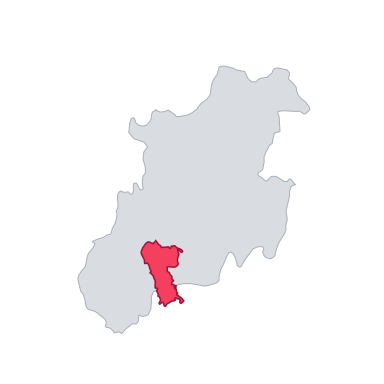 Sremski highlighted on a map of Republic of Serbia, rotated 249°
{"feature_id": "SRB-281", "entity_name": "Sremski", "entity_type": "District", "adm_level": 1, "iso_a3": "SRB", "parent_name": "Republic of Serbia", "parent_adm1": "", "projection": "albers", "projection_center": [19.679, 44.916], "detail": "fine", "context": "in_parent", "style": "filled", "palette": "rose", "viewbox_px": 384, "rotation_deg": 249, "n_neighbors": 0, "source": "natural_earth", "source_scale": "10m", "svg_char_len": 7127}
<svg xmlns="http://www.w3.org/2000/svg" viewBox="0 0 384 384"><g transform="rotate(249 192 192)"><path d="M212.2,147.3L220.5,149.7L224.4,152.1L226.4,155.3L231.8,157.3L240.4,158.1L246.5,161.3L250.0,166.7L255.5,165.2L262.8,156.7L270.2,154.3L277.7,158.0L281.9,161.1L282.6,163.6L281.0,164.7L276.8,164.4L273.5,166.1L271.0,169.8L270.8,173.7L272.7,177.7L275.5,180.5L278.9,181.9L280.8,184.0L281.1,186.7L282.0,187.5L280.2,188.8L278.1,190.7L277.1,194.0L276.9,199.3L270.5,203.6L268.0,204.4L267.0,207.2L265.5,214.9L265.9,220.7L266.9,223.6L267.4,226.0L269.7,228.9L271.8,233.3L273.3,239.3L276.3,243.8L283.9,248.0L287.6,250.5L290.5,254.2L292.7,257.6L299.0,262.0L298.7,265.3L297.5,268.5L296.1,270.1L293.2,274.4L290.3,276.8L285.7,284.3L278.0,284.9L276.1,285.6L273.3,287.7L271.9,291.4L273.4,294.2L273.4,297.2L272.2,303.0L274.3,309.1L277.1,311.8L277.6,313.4L277.2,316.3L273.3,322.3L272.1,324.5L268.1,325.7L266.6,325.2L264.4,323.2L262.4,322.7L257.6,325.2L252.6,326.8L248.6,325.8L244.7,325.8L242.1,326.8L240.0,327.3L236.1,329.9L229.7,331.9L226.8,331.6L225.6,329.2L224.3,325.9L224.9,324.3L229.0,321.5L229.5,319.0L235.1,306.5L236.1,302.5L236.1,301.1L234.5,300.3L231.3,300.4L216.9,295.8L217.4,290.0L213.2,287.0L208.6,284.3L207.8,281.3L202.7,275.2L198.9,271.8L194.2,270.1L190.2,267.6L187.7,266.1L186.6,263.2L186.6,261.5L185.4,259.8L183.4,260.0L180.2,262.4L176.2,264.4L175.5,265.9L177.0,269.3L178.0,271.5L177.6,273.5L176.3,276.2L168.6,282.1L167.7,284.1L169.3,287.4L168.3,288.9L161.8,291.1L162.0,289.3L161.6,286.4L157.8,283.4L152.5,281.1L140.7,273.1L136.2,272.0L132.2,271.1L126.5,267.2L123.5,266.5L120.2,263.7L113.1,254.4L107.1,249.3L102.9,246.7L101.8,244.1L101.6,241.6L101.7,240.7L104.9,237.1L107.3,236.5L110.4,236.4L112.4,238.3L115.1,238.7L116.6,236.3L117.3,232.9L117.0,228.6L110.6,218.4L105.1,211.4L104.5,209.8L105.7,208.5L107.6,207.8L109.7,208.4L115.0,208.9L120.2,208.3L122.0,206.6L122.0,204.3L120.1,202.1L114.1,196.3L109.4,191.2L103.9,187.2L99.9,185.6L98.7,183.6L98.2,181.5L98.7,177.6L99.0,172.6L99.9,169.5L103.6,163.7L107.2,157.4L109.4,151.4L110.5,145.9L110.1,144.3L108.3,143.1L104.5,141.9L99.1,142.9L94.6,144.9L92.8,145.0L92.2,142.5L92.9,141.4L94.4,141.6L95.5,142.0L96.8,140.9L97.6,137.6L95.8,125.8L99.1,124.8L99.2,123.1L99.5,121.6L103.0,123.7L107.9,123.8L112.2,123.4L112.8,122.2L112.8,120.6L111.9,119.3L110.4,118.2L109.3,116.6L106.4,115.8L97.4,111.6L93.0,107.0L93.2,102.3L94.5,99.7L96.0,98.8L95.6,97.9L90.5,95.7L88.8,92.6L90.3,88.7L87.7,80.7L85.0,75.7L87.7,73.6L88.1,70.6L88.4,68.9L89.5,68.9L93.9,67.0L95.5,65.3L96.4,63.4L97.5,62.9L100.4,65.1L103.5,65.3L106.9,64.0L109.5,62.1L112.7,60.6L114.1,59.6L115.9,57.9L119.5,53.1L123.6,52.1L129.1,53.3L135.1,53.8L139.5,52.6L150.8,54.0L153.2,55.1L154.8,56.3L157.8,60.5L160.7,65.8L164.7,68.3L169.4,71.2L171.8,73.3L175.5,79.7L178.4,82.8L179.3,82.7L180.2,81.8L180.9,81.2L181.6,81.7L181.7,83.7L181.9,88.0L181.3,92.7L182.4,97.0L182.4,98.4L181.7,99.6L181.8,100.7L182.9,101.9L186.7,104.7L190.4,109.1L194.6,112.2L198.4,114.1L200.8,114.2L204.9,117.8L212.7,120.2L215.3,121.1L217.0,122.5L218.3,124.2L218.4,126.0L217.2,126.9L215.6,129.4L215.0,132.5L213.7,133.3L212.5,133.4L211.6,134.3L211.8,135.6L212.9,136.8L214.5,137.9L217.7,138.9L220.8,140.5L220.8,141.8L220.2,143.3L216.3,143.9L213.4,144.2L212.1,144.8L212.2,147.3Z" fill="#d9dde1" stroke="#a8b0b8" stroke-width="1"/><path d="M102.7,142.3L102.4,141.9L102.3,141.3L101.9,140.9L101.3,141.0L96.7,144.3L95.9,144.6L94.9,144.8L93.2,145.3L92.2,143.2L92.0,141.7L93.4,141.0L94.1,141.2L95.1,142.3L95.8,142.4L96.4,142.1L96.9,141.5L97.7,140.1L98.2,139.8L98.8,139.6L99.1,139.0L99.0,138.0L98.5,137.4L97.5,137.8L96.9,137.3L96.8,136.6L97.0,135.7L97.2,134.9L97.3,134.2L97.3,133.4L96.9,131.3L96.7,129.6L96.6,128.9L96.2,128.0L95.8,127.5L95.3,127.0L94.9,126.5L94.9,125.8L95.6,125.2L98.5,125.5L99.5,125.2L99.8,124.1L99.1,122.7L98.8,121.7L99.9,121.4L100.5,121.7L101.4,123.1L102.0,123.7L102.9,124.1L104.0,124.1L106.1,123.9L106.4,123.7L106.5,123.4L106.7,123.0L107.1,122.9L107.3,123.0L107.7,123.6L108.0,123.8L112.3,123.6L112.5,123.5L112.8,123.9L113.2,124.4L113.2,124.5L113.4,124.6L113.5,124.7L113.5,124.8L113.6,125.0L114.0,125.2L114.1,125.3L114.3,125.3L114.3,125.2L114.5,125.0L114.6,124.9L115.2,124.1L115.2,123.8L115.2,123.7L115.3,123.5L115.7,123.3L115.9,123.3L116.1,123.3L116.4,123.6L116.5,123.7L116.7,123.8L116.9,123.8L118.0,123.9L118.3,124.2L118.5,124.4L118.7,124.5L119.0,124.5L119.3,124.6L119.8,125.0L120.0,125.1L120.3,125.2L120.9,125.3L121.1,125.3L121.6,125.5L122.4,125.7L122.9,125.9L123.0,125.9L123.9,125.7L124.1,125.6L124.3,125.6L124.9,125.6L127.9,125.6L128.8,125.3L129.2,125.1L129.5,124.9L129.8,124.8L130.4,124.8L130.6,124.7L130.9,124.6L131.1,124.3L131.6,123.8L132.2,124.5L132.6,125.3L132.8,125.4L133.4,125.2L133.6,125.2L134.0,125.2L134.8,125.2L135.7,125.2L136.1,125.2L136.3,125.3L137.2,125.3L137.9,125.4L138.0,125.4L138.2,125.5L138.3,125.5L138.7,125.6L139.5,125.4L139.9,125.3L140.1,125.3L140.8,125.2L141.1,125.0L141.3,124.9L141.7,124.6L142.0,124.4L142.1,124.2L141.8,123.7L141.7,123.6L141.7,123.4L141.8,123.3L142.3,122.2L145.2,123.0L146.3,123.2L152.4,122.5L154.3,123.1L156.0,124.5L157.1,125.6L157.7,126.2L160.2,129.9L160.6,130.4L161.2,133.2L160.0,134.9L158.5,136.1L158.2,137.3L157.8,137.3L158.5,138.9L159.3,140.4L159.6,140.7L157.4,141.4L156.3,141.7L155.6,141.7L155.5,141.8L155.2,141.8L154.8,142.2L154.5,142.4L154.1,142.8L153.4,143.3L153.2,143.4L152.6,143.5L152.2,143.4L151.8,143.4L151.7,143.4L151.4,143.4L151.3,143.5L151.1,143.7L151.0,143.8L151.0,144.0L151.0,144.5L150.9,144.6L150.8,145.4L150.6,145.7L150.1,146.9L150.0,147.4L150.0,147.9L149.9,148.1L149.7,148.5L149.5,148.9L149.5,149.1L149.5,149.8L149.5,150.0L149.4,150.1L149.2,150.4L149.0,150.5L148.7,150.7L148.3,150.8L148.2,150.8L147.9,150.8L147.7,150.8L147.4,151.2L147.3,151.3L147.3,151.5L147.3,151.9L147.3,152.1L147.5,152.3L147.6,152.5L147.8,152.6L148.2,152.7L148.6,152.9L148.8,153.0L148.8,153.3L148.7,153.6L148.7,153.8L148.5,154.0L148.2,154.2L148.1,154.3L148.4,154.8L148.5,154.9L148.5,155.0L148.4,155.1L148.3,155.5L148.2,155.8L148.0,156.6L145.5,157.9L144.6,158.7L143.6,160.0L141.9,161.4L140.2,162.1L139.2,161.0L139.7,160.2L142.7,158.8L143.7,158.0L142.3,157.5L138.8,157.6L137.6,156.8L136.7,155.8L135.4,154.9L132.9,153.6L130.2,153.5L129.4,153.1L129.0,152.6L128.7,152.1L128.5,151.5L128.2,150.9L128.0,149.6L128.4,147.9L130.6,143.5L130.9,142.6L130.8,141.8L130.4,141.6L129.1,141.4L128.0,140.8L127.1,140.7L126.6,140.5L125.1,142.0L124.6,141.9L123.5,141.9L123.1,141.9L122.9,141.9L122.7,142.0L122.3,142.1L121.5,142.6L121.0,142.8L120.8,142.9L120.6,142.9L120.4,142.9L119.9,142.8L119.4,142.7L119.1,142.7L118.8,142.5L118.7,142.4L118.2,141.9L117.8,141.7L117.6,141.8L117.3,142.0L117.1,142.1L116.9,142.3L116.7,142.6L116.5,142.8L116.3,142.9L116.2,143.0L116.0,142.9L115.8,142.9L115.7,142.8L115.6,142.7L115.3,142.1L115.1,141.6L115.0,141.2L114.9,141.0L114.7,140.8L114.4,140.5L113.9,140.1L113.7,140.0L113.5,139.9L113.3,139.9L113.2,139.9L112.5,140.6L112.6,141.2L112.0,141.8L111.3,141.9L109.7,141.4L108.9,141.3L109.8,142.2L110.7,142.8L110.5,143.2L110.4,143.0L110.2,143.1L109.7,143.2L109.2,143.0L108.2,142.0L107.7,142.0L107.3,142.2L106.8,142.3L104.6,141.8L104.1,141.9L103.2,142.3L102.7,142.3Z" fill="#f43f5e" stroke="#9f1239" stroke-width="1.5"/></g></svg>